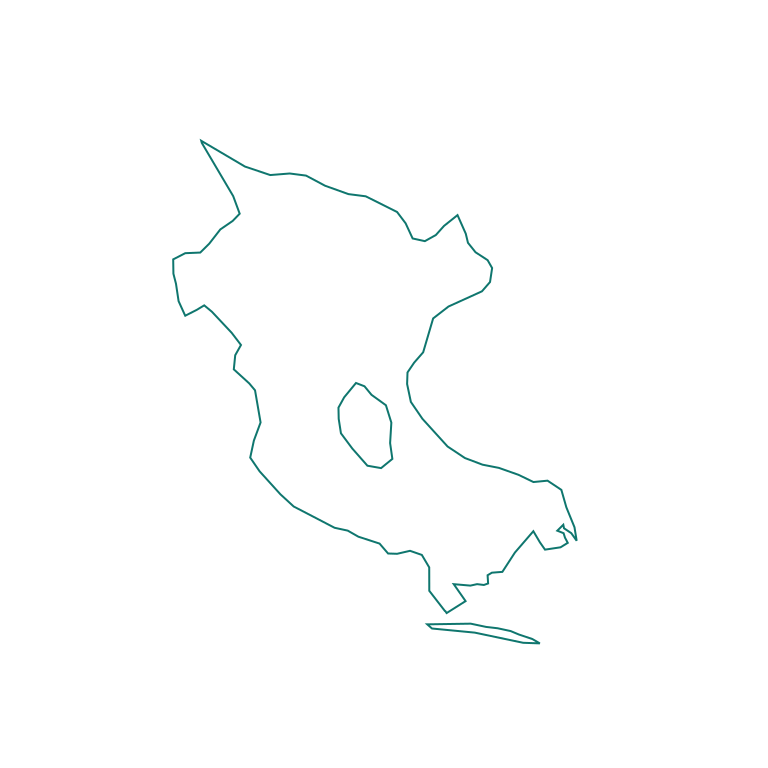 an SVG outline of Chiayi, rotated 239°
{"feature_id": "TWN-1170", "entity_name": "Chiayi", "entity_type": "County", "adm_level": 1, "iso_a3": "TWN", "parent_name": "Taiwan", "parent_adm1": "", "projection": "robinson", "projection_center": [120.419, 23.433], "detail": "fine", "context": "isolated", "style": "outline", "palette": "teal", "viewbox_px": 768, "rotation_deg": 239, "n_neighbors": 0, "source": "natural_earth", "source_scale": "10m", "svg_char_len": 1747}
<svg xmlns="http://www.w3.org/2000/svg" viewBox="0 0 768 768"><g transform="rotate(239 384 384)"><path d="M150.4,468.4L159.7,467.7L167.6,464.0L171.0,465.2L169.0,457.0L163.6,461.1L159.1,460.0L153.2,459.7L153.1,451.2L159.1,436.7L168.0,436.1L180.9,436.2L172.1,409.4L162.0,388.7L166.7,379.3L166.7,374.3L159.4,370.5L160.3,366.1L164.5,360.7L166.7,354.2L176.5,340.7L155.9,342.1L155.4,319.7L157.7,319.6L158.0,319.3L183.4,316.3L203.5,328.3L218.0,328.4L227.6,320.4L231.7,307.8L236.6,300.2L249.5,298.0L266.3,283.4L277.0,277.4L286.2,267.6L325.5,243.5L342.8,238.4L373.2,232.4L389.8,231.4L402.5,243.3L414.6,258.4L445.0,270.2L453.9,268.8L473.9,262.8L485.3,271.3L491.1,281.5L506.3,279.8L534.6,273.7L544.0,270.4L544.0,261.5L544.9,248.8L546.1,248.9L560.8,250.6L577.0,257.3L587.0,260.3L599.4,267.5L598.5,281.0L591.3,294.2L594.3,306.5L600.8,323.3L601.7,338.2L604.3,348.0L622.7,351.5L684.4,352.0L686.6,352.6L642.0,376.8L621.7,394.1L613.0,411.6L602.8,424.5L584.3,435.6L565.1,451.3L554.3,465.0L524.7,483.8L510.6,485.3L494.0,483.5L485.4,492.6L485.0,505.2L488.6,516.9L490.9,534.0L470.7,531.5L461.8,528.7L449.8,530.3L436.8,536.6L427.7,536.4L416.8,527.4L413.0,515.7L417.2,479.2L414.9,459.9L391.0,433.9L386.8,420.9L381.8,410.1L372.1,403.8L354.8,397.8L334.4,399.0L297.7,406.3L278.9,415.2L264.1,426.9L252.9,439.3L236.9,452.5L223.0,461.6L216.9,474.4L201.9,481.5L184.4,476.8L163.1,473.5L150.4,468.4ZM364.8,374.7L381.2,367.7L392.1,366.1L399.3,360.5L393.1,343.0L387.2,332.8L377.4,327.2L363.9,321.7L344.9,323.6L322.5,327.7L313.4,338.2L315.5,352.6L330.2,358.8L347.1,370.4L364.8,374.7ZM90.5,370.0L124.1,333.8L149.7,299.2L155.7,297.3L133.9,334.9L123.2,346.4L116.1,355.6L107.0,365.3L99.8,370.6L89.0,379.8L81.4,384.0L90.5,370.0Z" fill="none" stroke="#0f766e" stroke-width="2"/></g></svg>